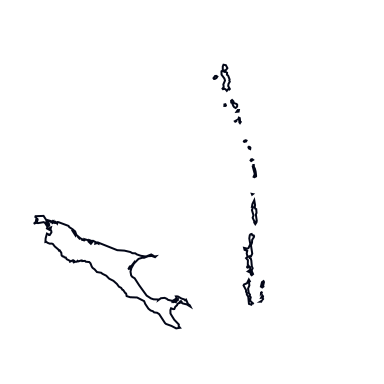 an SVG outline of Sakhalin, rotated 303°
{"feature_id": "RUS-2616", "entity_name": "Sakhalin", "entity_type": "Region", "adm_level": 1, "iso_a3": "RUS", "parent_name": "Russia", "parent_adm1": "", "projection": "robinson", "projection_center": [146.417, 48.915], "detail": "fine", "context": "isolated", "style": "outline", "palette": "ink", "viewbox_px": 384, "rotation_deg": 303, "n_neighbors": 0, "source": "natural_earth", "source_scale": "10m", "svg_char_len": 5886}
<svg xmlns="http://www.w3.org/2000/svg" viewBox="0 0 384 384"><g transform="rotate(303 192 192)"><path d="M83.2,76.7L83.4,78.0L84.1,77.8L83.9,77.2L84.9,77.4L85.2,77.0L84.8,76.1L85.8,75.2L85.8,74.2L86.5,74.0L91.1,80.5L89.1,85.1L88.3,85.7L89.7,86.0L90.7,89.3L89.5,86.6L88.9,87.0L89.2,87.9L90.5,89.5L90.1,90.1L91.1,90.5L90.6,90.9L91.8,91.5L90.4,92.2L91.3,92.8L92.1,92.3L92.6,93.2L92.6,94.2L91.7,94.4L92.4,95.3L92.1,96.1L93.6,95.7L94.0,96.5L96.3,106.9L95.7,108.2L95.7,112.5L95.1,115.7L93.3,118.1L93.4,116.3L94.7,115.5L94.0,115.1L95.1,112.8L94.5,112.6L92.0,118.1L92.8,118.0L93.0,118.6L92.5,122.7L91.9,122.0L91.6,123.1L92.3,123.4L92.6,125.4L92.0,126.0L92.6,127.1L92.6,127.9L93.4,128.3L93.9,127.6L95.1,131.5L94.1,132.1L93.5,135.4L95.4,135.6L95.2,133.9L95.9,132.8L96.3,134.5L97.2,135.6L97.6,139.1L96.8,138.6L96.0,139.0L97.6,140.3L97.7,141.9L98.3,141.7L98.3,141.2L97.9,139.9L98.4,140.4L102.5,161.0L106.0,167.2L108.1,173.0L108.2,175.3L109.7,177.9L109.6,179.6L110.6,183.7L112.3,187.5L113.2,188.8L117.4,191.8L117.6,195.8L118.5,196.8L117.2,196.5L116.5,193.2L114.3,190.2L110.7,187.6L109.9,186.2L106.8,183.6L100.5,182.3L101.2,181.8L97.0,181.5L95.7,180.4L93.2,180.6L93.1,181.0L94.4,181.7L94.4,182.3L100.1,182.3L95.1,182.6L91.7,183.8L88.9,186.4L88.3,188.1L88.4,190.9L85.0,198.5L80.4,210.4L80.4,215.6L81.1,218.3L83.7,222.6L83.2,222.7L86.0,223.8L88.3,226.7L88.7,229.0L88.5,230.6L89.9,234.6L89.6,234.9L90.9,235.1L89.4,235.6L89.3,236.2L90.2,236.9L90.8,238.5L92.0,238.3L93.7,239.0L94.5,238.5L93.9,237.6L91.2,236.9L90.8,236.2L91.3,235.6L93.4,236.6L95.1,236.5L95.7,235.4L96.1,235.9L96.7,237.1L96.9,241.1L97.7,244.1L97.4,245.2L98.5,245.6L95.9,249.6L95.8,251.8L95.0,253.2L94.9,248.9L93.5,244.9L93.5,243.2L94.2,243.1L94.5,242.2L94.1,241.8L92.5,241.6L93.0,242.6L90.5,240.8L88.9,241.1L86.6,240.5L84.2,240.9L83.5,240.0L83.1,237.8L81.2,238.2L78.4,240.1L77.5,241.8L75.2,246.7L73.7,253.1L72.2,253.9L71.6,255.9L69.0,253.0L68.5,247.7L67.2,242.1L67.4,240.7L71.7,231.0L71.7,228.5L70.4,225.8L70.7,224.2L70.1,221.8L70.4,219.0L72.7,213.7L74.4,211.3L73.6,203.4L70.1,197.5L69.1,193.9L71.0,192.0L70.9,191.1L72.3,187.7L72.1,186.9L73.0,184.8L72.8,182.3L74.0,179.1L74.7,174.5L74.2,169.7L75.1,165.7L74.6,161.4L74.8,159.8L73.1,155.9L74.1,152.4L74.2,150.1L74.8,148.6L76.9,145.7L77.3,144.0L75.7,140.9L75.9,139.7L74.2,137.5L74.6,137.0L74.3,136.4L72.0,134.6L72.0,133.5L70.8,133.4L70.0,132.2L67.9,130.6L69.9,131.2L70.1,130.7L70.0,129.4L67.2,127.7L67.8,127.1L67.4,123.5L68.3,121.8L67.7,120.7L68.0,119.4L67.5,118.5L67.8,117.2L69.9,115.4L71.0,112.8L70.4,112.5L71.0,111.1L71.6,106.5L72.6,103.7L72.4,102.6L71.2,100.8L70.7,98.4L70.9,97.0L70.2,96.3L73.4,94.5L78.1,93.0L78.3,94.8L78.0,95.3L78.4,96.1L81.5,96.1L82.6,95.3L83.6,93.6L85.4,93.0L83.8,92.0L82.6,92.6L82.4,90.2L84.8,89.7L86.0,90.6L87.5,89.2L87.2,87.1L86.4,86.3L85.3,89.0L84.2,89.4L85.9,85.9L86.0,84.1L82.1,79.9L81.2,78.1L79.2,76.6L81.8,77.3L83.2,76.7ZM188.5,266.3L189.2,267.3L188.8,268.1L187.8,268.5L184.7,268.5L182.2,269.9L179.4,270.5L173.1,276.1L170.5,276.5L169.4,275.1L168.5,275.4L168.0,276.4L168.4,277.3L166.8,279.1L162.2,282.7L161.1,284.4L159.1,284.7L158.1,285.4L156.4,287.9L154.7,287.4L154.9,286.4L156.2,285.1L156.0,283.5L157.1,284.8L157.8,284.0L157.1,282.6L158.7,283.2L160.6,281.5L160.7,280.6L159.2,280.2L158.8,279.7L159.0,279.1L159.8,278.9L160.9,279.7L161.7,278.2L165.3,276.0L166.0,273.4L167.9,273.9L170.3,271.3L172.7,270.4L172.1,267.6L173.5,266.1L174.6,269.2L175.8,269.9L180.0,269.3L184.3,265.3L187.2,264.0L188.4,264.1L189.3,264.9L188.5,266.3ZM310.5,154.0L311.1,154.9L311.1,156.5L309.4,157.4L309.3,158.9L306.9,162.2L305.9,162.5L305.1,163.6L302.6,163.7L300.6,164.6L299.0,167.6L298.4,167.5L298.6,166.5L295.8,166.1L296.4,164.2L296.2,163.0L295.1,162.0L295.3,161.3L297.3,161.4L299.3,159.7L303.4,159.0L304.8,157.4L306.5,152.9L308.9,151.2L309.5,151.0L310.2,151.7L310.5,154.0ZM145.4,287.8L149.6,287.3L148.6,289.2L147.5,288.8L144.9,291.0L141.6,291.6L138.2,294.6L137.5,296.5L136.3,297.0L135.7,298.6L133.6,299.3L132.3,300.4L131.7,304.7L131.7,303.3L131.0,302.9L129.8,303.1L129.2,300.7L134.8,296.2L135.9,293.8L137.1,293.0L137.8,291.6L139.1,290.9L141.7,286.1L142.8,286.0L145.4,287.8ZM214.9,249.2L219.0,248.7L215.4,252.0L213.4,252.9L212.5,254.1L212.6,255.2L209.6,257.5L207.9,257.8L203.0,262.1L202.4,262.2L201.9,261.5L201.5,262.6L199.5,262.6L200.3,260.8L201.5,260.0L203.4,256.9L205.9,256.3L209.5,252.1L212.3,251.5L212.8,250.8L212.3,250.3L214.9,249.2ZM315.9,149.1L316.8,151.3L315.2,154.2L313.0,154.1L311.4,153.0L311.1,151.9L311.6,151.0L314.1,149.4L315.9,149.1ZM289.8,175.1L291.0,175.5L290.6,177.3L289.4,178.7L290.1,181.5L289.8,182.4L288.2,183.3L286.2,182.8L286.1,181.3L286.6,179.9L288.6,177.0L288.4,176.2L289.8,175.1ZM246.8,229.4L248.0,228.7L248.3,229.1L246.4,230.6L246.0,231.8L243.7,234.3L240.8,236.7L240.0,237.2L238.4,236.3L238.3,235.4L241.2,234.9L247.1,228.4L246.8,229.4ZM154.5,299.8L156.2,300.5L155.7,301.4L152.1,302.7L151.6,303.4L150.2,302.9L150.2,301.3L154.5,299.8ZM300.8,150.4L299.2,149.5L298.8,148.8L299.2,148.0L301.9,148.2L302.6,149.1L302.6,150.4L300.8,150.4ZM279.9,190.8L280.0,191.8L277.4,193.9L277.3,194.7L275.9,194.7L276.2,193.8L278.0,192.5L278.3,191.2L279.9,190.8ZM285.6,185.7L286.3,186.7L284.8,187.3L283.5,185.7L285.6,185.7ZM251.7,223.9L252.3,224.7L252.2,225.7L250.2,224.8L250.4,223.9L251.7,223.9ZM260.3,214.9L261.0,215.1L261.2,216.1L260.9,216.9L259.7,217.4L259.5,216.0L260.3,214.9ZM264.7,208.9L264.8,209.7L263.8,209.8L262.5,208.6L262.6,208.0L263.4,207.9L264.7,208.9ZM141.0,307.6L143.6,307.3L143.2,308.4L142.2,308.8L141.0,307.6ZM283.1,171.5L283.8,172.2L283.1,173.3L282.5,173.3L281.8,172.3L283.1,171.5ZM274.7,189.4L276.4,190.3L275.5,190.6L274.5,190.0L274.7,189.4ZM137.2,309.0L138.6,309.7L137.7,309.8L137.2,309.0ZM223.0,243.2L223.4,244.2L222.5,243.9L223.0,243.2ZM145.8,305.0L145.6,305.4L144.3,305.2L145.2,304.7L145.8,305.0ZM141.2,309.2L141.0,309.9L140.0,310.0L141.0,309.5L141.2,309.2ZM83.4,76.7L84.2,76.4L84.5,76.5L83.4,76.7Z" fill="none" stroke="#020617" stroke-width="2"/></g></svg>